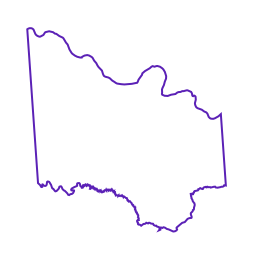 outline of Mirití-paraná (Campoamor), Amazonas, Colombia, rotated 176°
{"feature_id": "7082276B32823628766031", "entity_name": "Mirití-paraná (Campoamor)", "entity_type": "district", "adm_level": 2, "iso_a3": "COL", "parent_name": "Colombia", "parent_adm1": "Amazonas", "projection": "robinson", "projection_center": [-71.095, -0.731], "detail": "fine", "context": "isolated", "style": "outline", "palette": "violet", "viewbox_px": 256, "rotation_deg": 176, "n_neighbors": 0, "source": "geoboundaries", "source_scale": "gbopen_adm2", "svg_char_len": 5595}
<svg xmlns="http://www.w3.org/2000/svg" viewBox="0 0 256 256"><g transform="rotate(176 128 128)"><path d="M221.6,233.5L221.6,79.3L219.7,77.3L218.7,75.3L218.1,75.1L217.6,75.3L217.4,76.0L217.5,77.4L217.3,77.7L216.9,77.6L216.1,76.5L215.3,76.1L214.3,76.0L213.6,76.4L213.1,77.1L212.5,79.8L212.0,80.2L211.2,80.1L210.5,79.8L209.9,79.0L209.5,78.0L208.8,76.9L207.9,73.5L207.4,72.8L206.8,72.6L205.4,70.4L204.9,69.9L203.7,70.1L201.7,71.9L201.2,72.5L200.5,74.2L199.5,74.5L198.9,74.5L198.4,73.9L197.5,71.5L196.3,70.2L195.5,69.8L194.3,68.5L193.0,66.9L192.3,65.5L191.6,65.3L191.3,65.2L190.1,66.0L188.7,66.1L187.8,66.6L187.2,67.1L186.2,68.9L186.2,69.4L186.4,69.6L188.3,69.6L188.8,69.8L189.0,70.5L188.4,71.5L185.7,72.8L183.0,73.7L182.7,74.2L182.7,75.7L182.5,76.2L182.2,76.4L181.1,76.5L180.4,76.4L179.9,75.7L179.6,73.5L178.7,72.7L178.3,71.6L177.6,71.6L177.6,72.1L176.9,72.2L176.4,72.7L176.6,72.9L177.1,72.7L177.3,73.0L177.1,73.9L176.6,74.2L175.5,73.5L174.9,74.4L174.2,74.8L173.9,74.6L173.8,73.4L173.4,73.0L173.1,73.3L173.1,73.6L172.6,73.8L172.5,73.5L172.0,73.5L171.9,74.1L171.7,73.9L171.5,74.0L171.3,73.7L170.9,73.8L170.5,72.9L169.9,73.2L169.7,72.5L169.3,72.4L169.7,72.0L169.6,71.8L169.8,71.5L169.7,70.8L170.1,70.0L169.7,69.9L169.1,70.9L168.3,70.8L167.3,71.7L166.9,70.6L166.5,71.3L165.7,69.9L165.6,70.4L165.3,70.1L165.0,70.0L165.3,69.8L165.2,69.6L164.7,69.7L164.6,69.4L164.3,69.7L164.1,69.4L163.8,69.4L164.0,69.0L163.2,68.9L163.0,68.7L162.9,68.4L163.1,67.5L162.2,66.7L161.8,67.2L161.4,67.1L161.5,67.5L161.2,67.3L161.2,67.6L160.8,67.7L160.7,67.5L160.0,67.2L160.0,66.9L159.8,67.1L159.8,66.9L159.5,66.8L159.5,67.1L159.2,66.8L159.5,66.6L159.3,66.4L159.1,66.6L158.9,66.0L158.5,66.3L157.9,65.8L157.6,66.1L157.3,65.9L156.7,66.1L156.8,66.4L156.5,66.4L156.6,66.8L155.7,67.1L155.8,67.4L155.5,67.6L155.1,67.5L154.8,68.1L154.8,67.8L154.5,67.7L154.2,67.8L154.1,68.0L153.9,67.5L153.7,68.0L153.1,68.0L153.1,67.7L152.1,67.4L151.8,67.6L151.8,67.2L151.6,67.4L151.4,67.0L150.9,67.3L150.6,67.1L150.6,67.4L149.4,67.0L149.5,67.5L149.3,67.7L149.2,66.9L148.7,66.8L148.5,67.0L148.2,67.4L148.0,66.8L147.6,66.7L147.5,66.4L147.4,66.7L146.9,66.5L146.9,65.9L146.6,66.0L146.7,65.8L146.2,65.5L146.2,65.0L145.9,65.0L146.0,64.8L145.8,64.6L145.5,64.7L145.4,64.1L145.6,64.0L145.7,63.4L145.5,63.0L145.2,63.1L145.1,62.4L144.8,62.2L144.8,61.8L144.6,61.9L144.5,61.6L143.7,61.7L143.1,61.3L142.5,61.5L142.5,61.0L142.2,61.3L142.2,61.1L141.5,60.8L140.9,61.1L140.4,60.9L139.8,61.0L139.6,60.7L139.0,61.2L138.7,61.0L138.4,60.6L138.3,60.8L138.1,60.5L137.9,60.4L137.0,60.1L137.0,59.6L136.8,59.8L136.4,59.7L134.9,58.3L134.1,58.2L133.7,57.1L133.8,56.4L133.6,56.1L133.4,56.2L133.2,55.8L133.3,55.5L132.6,54.8L132.5,55.0L132.4,54.8L131.4,54.9L131.3,54.5L130.9,54.4L130.3,53.5L129.7,53.0L129.4,51.8L128.9,51.4L128.9,51.0L128.3,50.8L128.4,50.3L128.0,49.5L127.3,49.0L127.2,48.7L126.9,48.9L126.8,48.5L126.3,48.4L126.3,47.6L126.7,46.3L126.4,46.2L126.3,45.3L126.0,45.2L126.1,44.1L125.8,43.5L125.1,43.3L125.0,43.0L125.2,42.4L124.5,41.6L124.3,41.1L124.5,40.9L123.9,40.2L123.9,39.4L124.3,38.4L123.8,37.8L123.9,37.2L123.6,36.7L123.8,36.4L123.7,35.5L124.6,35.6L125.4,34.8L125.4,33.8L124.7,33.2L124.8,31.9L124.6,31.2L124.1,30.9L123.6,31.0L122.6,30.5L121.7,29.6L119.2,31.2L117.9,31.2L117.1,31.5L116.4,32.2L114.6,31.4L113.8,32.0L113.0,31.9L111.8,31.1L109.7,30.7L109.1,29.4L107.5,28.5L106.6,28.6L105.8,27.5L104.2,27.1L103.7,26.5L103.6,25.4L103.6,24.6L104.2,23.8L102.8,24.3L102.5,26.1L102.1,26.5L100.6,25.9L100.0,26.3L99.5,26.5L98.1,26.0L96.3,24.6L94.5,24.0L90.1,21.6L88.4,21.7L86.7,22.5L86.1,23.4L86.6,24.9L86.2,25.5L80.6,29.6L77.9,30.2L74.9,33.2L73.1,33.8L71.0,33.9L70.8,34.2L70.7,35.2L71.3,37.1L71.3,38.5L70.9,39.1L69.6,40.1L69.2,40.7L69.0,41.6L68.2,41.9L68.0,42.2L67.7,43.7L67.7,44.2L67.3,45.0L66.8,46.6L67.0,48.3L67.4,48.7L68.5,50.5L68.8,52.0L69.6,53.5L69.5,54.5L69.8,55.2L70.0,57.9L68.9,58.0L68.5,57.9L68.0,57.3L67.7,57.4L67.6,57.7L67.7,58.4L66.6,59.0L66.6,59.7L66.0,60.4L62.6,60.9L62.2,61.3L62.2,62.0L61.1,62.3L60.2,63.0L59.8,62.9L59.1,62.3L57.8,61.9L57.5,62.0L57.2,62.8L56.3,63.5L55.0,63.8L54.7,63.6L54.3,63.8L53.6,63.3L53.2,63.8L52.9,63.9L51.7,63.3L50.2,63.3L49.7,62.8L46.4,63.4L45.2,63.4L44.7,62.6L42.9,62.2L39.8,62.6L38.8,62.9L37.8,62.8L37.1,63.0L36.4,63.4L36.3,64.0L36.0,64.2L34.4,63.8L34.4,135.4L36.9,133.4L40.7,131.6L42.4,131.2L44.5,131.5L45.6,132.1L46.7,133.4L47.8,136.8L48.8,138.1L50.9,139.2L53.1,141.1L57.2,142.9L58.4,143.9L59.2,145.7L59.5,147.3L59.5,148.2L58.4,151.5L58.4,154.4L58.7,155.0L59.6,155.7L60.1,155.7L60.7,155.2L61.3,155.4L61.6,156.0L61.8,158.1L62.5,159.6L65.9,161.4L66.9,161.5L69.9,160.9L71.3,161.0L73.1,160.3L75.1,160.3L76.4,159.9L78.3,158.6L82.7,158.2L86.1,157.2L89.2,157.6L91.5,158.8L91.8,159.6L91.5,160.7L91.4,164.1L90.7,165.7L89.2,168.3L88.0,171.8L86.6,174.6L86.3,177.1L87.3,181.3L88.6,183.9L89.6,185.1L91.8,186.9L94.4,187.8L95.3,187.8L97.3,187.3L99.1,188.0L100.3,187.5L102.1,186.1L107.1,183.6L109.9,181.5L110.3,180.1L114.1,175.5L115.1,173.3L115.7,172.5L121.1,171.8L128.6,171.7L131.8,172.2L135.8,173.1L137.0,173.8L138.3,174.9L140.4,176.4L142.6,178.8L144.0,179.7L147.2,180.8L148.5,181.8L149.2,183.7L150.0,187.1L153.1,190.8L154.1,192.5L155.1,194.9L157.1,197.6L158.4,200.4L159.3,201.4L161.7,203.0L163.6,203.6L166.3,203.3L168.8,202.2L169.2,201.5L170.7,201.6L173.7,202.6L175.9,203.9L178.4,206.0L179.2,207.1L180.9,210.4L182.4,215.5L183.9,217.5L186.1,221.9L186.8,222.7L190.2,224.6L192.9,226.9L194.2,227.2L196.1,228.8L199.9,230.0L203.5,229.4L204.1,229.1L205.9,226.7L209.1,225.3L210.1,225.3L212.0,226.2L213.3,227.4L213.9,228.4L215.4,232.8L216.4,233.8L217.6,234.3L219.3,234.4L220.5,234.1L221.6,233.5Z" fill="none" stroke="#5b21b6" stroke-width="2"/></g></svg>